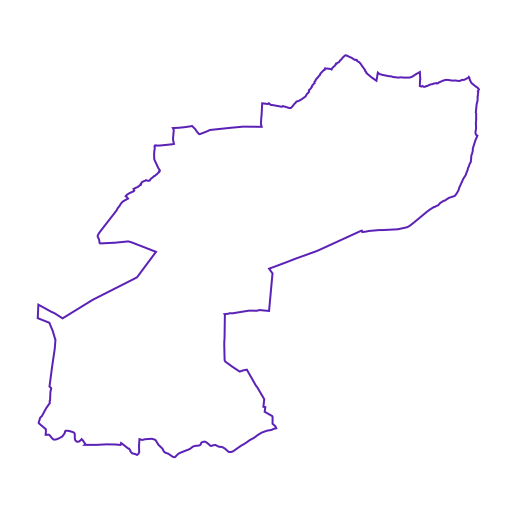 Remetea Mare, Timis, Romania (Robinson projection), rotated 3°
{"feature_id": "2599482B75207648796905", "entity_name": "Remetea Mare", "entity_type": "district", "adm_level": 2, "iso_a3": "ROU", "parent_name": "Romania", "parent_adm1": "Timis", "projection": "robinson", "projection_center": [21.43, 45.83], "detail": "fine", "context": "isolated", "style": "outline", "palette": "violet", "viewbox_px": 512, "rotation_deg": 3, "n_neighbors": 0, "source": "geoboundaries", "source_scale": "gbopen_adm2", "svg_char_len": 5943}
<svg xmlns="http://www.w3.org/2000/svg" viewBox="0 0 512 512"><g transform="rotate(3 256 256)"><path d="M285.2,427.0L284.4,425.2L281.3,422.6L281.0,415.8L280.7,415.2L280.4,414.9L272.8,411.1L273.2,406.4L271.3,406.2L271.7,398.8L271.6,398.4L264.1,387.0L262.6,385.3L252.8,370.0L249.2,370.9L245.8,372.3L237.8,367.6L230.8,363.0L230.4,362.4L230.2,361.9L230.0,360.3L228.9,345.8L228.8,343.1L228.9,340.2L228.0,316.3L227.6,315.7L230.9,315.2L232.9,314.5L235.4,314.5L252.0,310.9L252.9,310.9L260.0,310.6L262.3,309.8L271.9,310.2L273.4,272.5L269.7,268.0L269.9,267.9L286.1,260.9L295.4,256.7L316.8,247.7L360.1,225.1L360.4,225.1L360.9,226.5L364.5,225.9L367.4,225.1L377.4,223.7L380.9,223.5L396.2,221.9L405.3,219.4L407.4,218.2L411.3,214.9L424.0,203.2L428.0,199.9L430.0,198.6L430.9,197.8L431.7,197.8L433.8,196.4L435.2,195.9L437.1,193.5L440.6,191.0L442.0,190.7L443.0,189.7L444.9,188.4L445.2,188.0L451.2,185.7L451.7,185.2L452.4,184.2L454.1,181.2L454.8,179.6L455.4,177.2L459.1,167.7L460.6,165.3L461.4,163.6L461.9,161.5L462.9,158.9L463.0,157.3L463.7,155.8L464.6,152.7L465.6,150.8L465.8,144.4L466.5,142.1L467.0,139.4L466.9,137.3L469.0,129.1L470.8,124.3L469.6,123.6L468.8,122.1L468.7,120.5L469.1,117.2L468.6,111.4L468.8,107.9L468.5,107.3L468.7,106.4L468.5,105.2L468.5,102.9L468.3,101.9L468.0,101.3L468.4,92.6L469.1,89.3L469.1,86.9L468.9,84.9L469.2,84.4L469.1,82.6L469.4,81.1L469.3,80.4L468.9,80.0L469.9,78.0L469.5,77.4L469.1,77.2L468.8,76.9L468.7,76.5L468.5,76.3L466.5,75.2L462.3,72.1L461.5,71.1L460.5,69.1L460.3,69.0L459.7,66.7L459.2,66.1L458.9,66.7L455.0,69.0L454.2,69.3L452.5,69.3L451.5,70.0L450.2,70.5L449.5,70.6L445.5,70.3L443.0,70.6L438.3,70.1L435.8,70.3L433.4,71.2L431.5,72.2L429.5,73.1L428.9,73.9L428.5,73.9L427.7,74.3L427.2,73.9L424.1,74.6L423.0,75.2L421.1,75.6L417.8,77.4L417.0,77.4L416.1,78.1L415.1,78.3L414.3,78.1L413.3,77.5L412.8,78.0L412.2,78.1L410.7,77.7L410.6,71.1L410.8,71.0L410.0,63.7L405.9,66.3L402.7,68.7L401.0,69.5L399.8,69.8L394.2,70.1L391.1,70.0L389.2,70.4L383.8,70.1L381.4,69.5L379.4,69.5L372.8,68.5L370.1,67.9L369.2,67.4L368.1,66.5L367.7,69.0L367.8,69.3L367.1,74.7L362.1,71.6L357.4,68.1L356.5,67.2L356.6,66.8L355.1,65.2L355.1,64.8L354.7,64.0L351.8,60.5L350.7,58.9L349.0,57.1L346.9,56.1L346.6,55.2L345.8,54.8L344.6,55.1L344.3,54.8L343.8,54.7L341.2,53.1L337.7,51.8L336.8,51.2L335.8,51.2L335.1,50.8L334.3,51.2L332.5,53.0L330.1,56.2L329.7,56.3L328.6,58.2L327.3,58.8L326.6,59.3L325.9,59.6L326.1,60.1L325.6,60.4L324.8,61.8L322.5,64.1L321.7,65.8L320.3,65.3L315.1,65.0L315.0,65.7L314.1,66.7L314.3,66.8L313.4,67.4L310.7,70.6L310.3,72.0L309.0,73.3L308.7,74.3L308.0,74.8L306.4,76.9L306.3,77.9L305.3,78.9L305.5,80.3L304.7,80.9L303.6,82.5L303.3,82.7L303.2,83.2L302.8,83.7L302.9,84.3L301.5,86.4L300.4,87.3L300.2,87.6L300.2,88.7L300.4,88.9L300.4,89.1L299.5,90.5L299.0,90.8L298.3,91.7L297.1,94.1L293.5,97.0L290.4,99.0L288.3,99.6L287.4,101.1L286.4,102.0L284.7,104.5L283.0,106.4L281.6,106.5L275.2,104.9L274.9,104.9L274.4,105.5L273.8,105.6L264.7,104.4L263.3,104.4L262.2,104.0L261.2,102.9L260.6,102.8L260.3,103.4L259.8,103.6L254.2,103.2L254.2,115.3L254.0,118.3L254.0,123.9L254.9,126.7L236.4,127.5L224.6,129.2L203.2,132.6L201.9,133.4L198.8,134.9L194.1,137.0L193.0,137.3L192.0,136.5L190.4,134.8L188.7,132.5L185.3,129.5L184.4,129.8L178.5,131.0L172.9,131.9L166.3,132.6L166.9,133.6L167.3,134.7L167.0,143.0L167.1,144.3L168.2,148.4L166.6,148.8L154.3,150.7L150.6,151.0L150.6,150.8L149.4,150.8L149.0,151.3L149.0,152.7L149.3,153.5L149.2,154.7L149.0,155.8L148.9,159.5L149.3,164.3L149.7,165.5L153.7,173.1L154.7,174.4L155.0,175.1L155.6,175.7L155.5,176.0L154.8,176.5L154.7,176.8L154.9,177.3L154.0,178.0L152.9,179.4L151.7,180.3L150.8,181.3L149.8,181.7L149.3,182.4L147.3,184.1L146.6,184.9L145.9,186.2L144.5,186.6L142.2,186.0L141.8,186.5L140.1,187.1L138.0,188.4L137.6,189.7L137.1,190.1L137.4,190.7L137.2,191.1L136.3,191.4L135.5,192.3L134.9,192.6L134.6,193.1L133.1,193.9L132.2,194.2L131.6,194.7L130.4,195.3L130.5,195.4L130.5,196.1L131.0,196.9L130.9,197.2L130.5,197.8L129.4,198.2L128.3,199.0L127.6,199.1L126.6,199.7L123.9,201.6L122.7,203.1L123.9,203.9L125.2,205.4L120.5,208.3L119.7,209.1L118.4,210.7L116.7,213.8L115.4,215.4L114.5,217.6L99.4,239.3L98.0,241.4L96.9,243.7L96.9,245.0L98.4,247.7L99.0,250.4L99.0,250.9L99.8,251.6L114.5,250.1L127.7,248.1L131.1,248.9L155.9,257.1L138.7,282.9L138.2,283.6L95.2,308.3L66.1,328.4L58.0,323.8L54.2,322.3L41.2,316.0L41.3,329.5L53.1,333.5L57.0,341.6L59.9,349.9L60.1,350.0L59.9,358.9L58.2,377.0L56.6,397.2L57.8,398.1L58.2,398.4L58.4,399.1L57.8,402.5L57.9,410.9L57.5,411.7L57.8,413.6L54.4,419.0L50.5,427.2L49.5,428.1L48.9,428.9L47.7,433.9L47.8,434.3L48.4,434.8L55.2,440.0L55.4,442.3L55.3,445.6L58.0,445.3L58.9,445.5L60.4,446.9L61.1,447.9L63.0,449.6L64.0,450.0L66.1,449.6L68.2,448.7L71.6,446.7L72.4,445.9L74.3,442.8L74.6,441.0L75.0,440.5L76.2,440.4L78.6,440.5L82.6,441.5L83.7,442.2L84.2,442.9L84.4,443.9L84.5,446.7L84.7,447.9L85.0,449.1L85.6,449.9L86.6,450.7L87.5,450.9L89.2,450.4L90.7,449.0L91.4,448.0L92.8,449.3L95.5,452.9L94.8,453.6L106.3,453.0L116.6,451.9L125.5,451.6L130.6,451.8L131.1,449.8L138.7,455.1L139.3,455.0L140.6,456.6L140.7,457.3L141.4,458.4L142.6,459.5L146.1,460.2L147.3,460.8L147.8,460.8L148.8,459.8L149.6,458.2L149.1,451.6L149.2,445.0L151.1,445.5L152.3,445.6L154.7,444.8L161.3,444.0L162.2,444.1L164.8,444.8L165.5,445.3L168.4,449.6L172.1,452.8L173.0,453.7L173.2,454.4L174.5,456.3L174.9,456.7L175.9,457.2L178.9,458.1L182.6,460.4L183.8,461.0L184.8,461.2L185.6,461.1L188.2,458.2L189.2,457.3L190.4,456.6L196.9,453.6L197.9,453.2L200.1,452.1L201.7,450.8L202.6,449.9L204.0,449.2L205.3,448.8L208.9,448.3L209.8,447.9L210.4,447.4L211.2,445.3L212.0,444.7L213.8,444.1L215.2,444.2L217.0,445.2L220.3,447.8L221.2,448.1L223.3,447.2L225.3,446.8L228.2,448.1L229.4,448.5L231.4,448.4L232.6,448.7L235.1,450.0L238.9,453.0L239.5,453.2L241.9,452.9L243.4,452.2L251.3,446.0L253.5,444.7L256.8,442.3L259.5,440.1L262.7,438.2L264.9,436.6L267.1,434.7L270.9,432.1L275.8,430.0L280.8,428.8L282.7,427.7L285.2,427.0Z" fill="none" stroke="#5b21b6" stroke-width="2"/></g></svg>